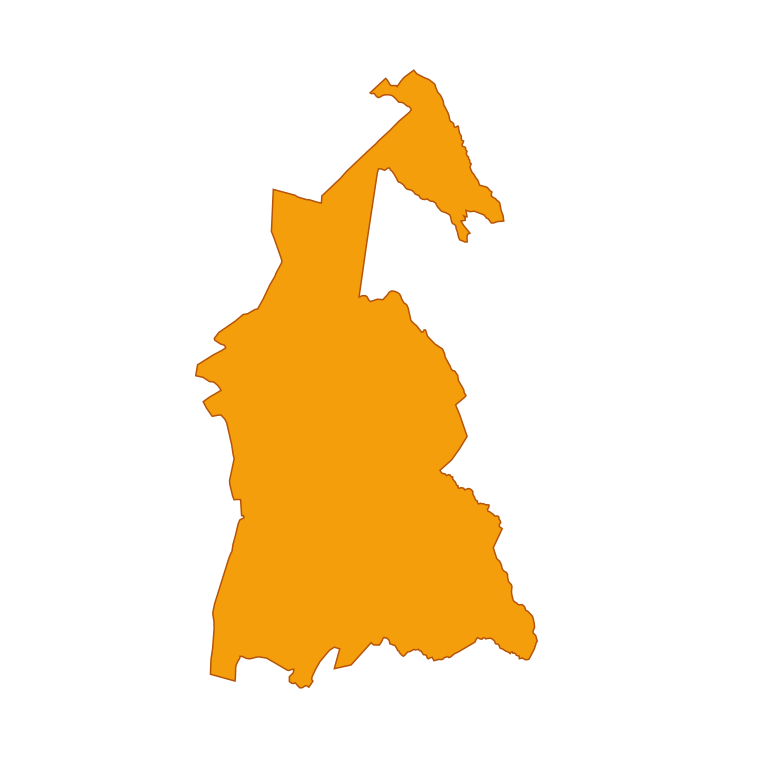 Lari, Central, Kenya (Equal Earth projection), rotated 8°
{"feature_id": "3690345B40431411925250", "entity_name": "Lari", "entity_type": "district", "adm_level": 2, "iso_a3": "KEN", "parent_name": "Kenya", "parent_adm1": "Central", "projection": "equal_earth", "projection_center": [36.685, -0.915], "detail": "fine", "context": "isolated", "style": "filled", "palette": "amber", "viewbox_px": 768, "rotation_deg": 8, "n_neighbors": 0, "source": "geoboundaries", "source_scale": "gbopen_adm2", "svg_char_len": 6140}
<svg xmlns="http://www.w3.org/2000/svg" viewBox="0 0 768 768"><g transform="rotate(8 384 384)"><path d="M444.1,164.2L441.7,162.1L438.9,157.4L439.7,153.7L438.3,153.1L437.7,150.4L436.5,149.3L436.1,147.5L434.3,146.4L433.4,144.0L433.9,142.2L432.3,140.6L431.8,138.6L430.7,137.9L429.3,137.9L428.3,137.2L428.0,135.5L428.8,134.1L429.0,132.3L427.5,131.9L426.5,130.9L426.2,128.4L425.6,127.0L424.3,125.7L422.6,121.7L422.1,119.5L421.3,118.2L418.8,120.0L417.6,119.3L416.7,116.5L415.1,115.3L413.3,114.6L412.4,113.4L411.0,109.3L409.7,106.7L405.3,100.4L404.0,98.9L403.9,97.4L403.1,95.2L399.9,90.4L396.4,87.3L393.7,82.6L393.2,81.0L392.0,79.6L386.0,76.2L381.1,75.0L373.2,72.2L369.8,69.1L361.4,77.4L358.6,81.7L355.6,87.7L354.5,86.8L349.3,87.5L348.1,86.4L345.1,82.7L343.1,81.1L329.7,97.6L331.0,98.2L333.6,97.7L334.7,98.4L336.1,100.0L338.2,101.1L339.7,100.8L341.9,98.9L345.0,97.4L349.7,96.9L352.2,97.4L355.4,99.4L359.3,102.8L362.4,102.7L364.3,103.1L368.4,105.7L369.8,105.7L371.1,106.4L372.9,108.3L371.4,111.3L362.1,121.8L354.4,132.3L344.8,143.9L342.3,147.6L336.2,154.9L317.5,178.4L312.3,186.3L296.3,206.4L296.8,213.5L292.8,213.3L284.8,212.0L281.8,212.2L276.8,211.5L272.3,210.8L269.9,209.5L247.3,206.7L251.3,248.6L255.1,255.3L264.2,272.9L265.9,276.6L265.6,278.5L261.4,290.2L261.2,292.0L257.3,301.4L252.4,317.0L248.4,327.3L245.8,328.2L239.3,333.3L234.7,334.9L228.1,342.3L213.4,355.8L209.6,362.5L210.3,364.2L216.5,367.1L220.8,367.9L222.2,370.2L218.9,373.2L211.2,378.7L196.7,390.9L196.4,402.0L203.9,402.6L210.7,405.8L215.2,405.8L219.8,408.7L223.6,412.9L213.1,421.2L207.4,426.7L211.6,432.6L218.4,439.9L224.0,438.0L226.9,437.4L231.2,440.9L233.6,444.3L241.7,465.6L244.3,474.4L246.0,479.0L244.5,501.1L245.2,504.6L249.5,515.6L251.6,519.5L255.1,518.7L258.1,518.5L261.3,534.2L263.2,534.0L263.9,535.7L262.1,537.4L260.6,538.1L259.9,539.4L259.0,543.2L258.1,553.4L256.8,563.7L256.7,571.2L255.9,572.8L254.6,578.3L246.9,624.9L246.3,633.7L246.6,635.9L248.7,643.0L249.8,649.8L251.1,669.6L251.0,680.5L252.5,695.6L277.8,698.9L277.7,695.3L276.6,685.5L276.7,683.1L277.9,679.0L279.3,675.8L279.3,673.6L281.6,673.6L285.9,674.8L287.7,674.9L289.8,674.7L295.9,672.2L298.2,671.6L306.0,671.8L328.0,680.8L329.8,680.9L332.8,679.3L334.4,679.1L334.4,682.5L331.0,687.1L331.7,691.9L334.3,693.2L336.1,693.2L337.7,692.3L342.8,696.6L345.5,696.1L348.1,693.7L349.8,693.7L351.8,694.7L355.0,688.1L353.6,686.9L353.5,684.1L355.8,676.5L359.2,667.8L366.9,655.5L369.9,652.8L371.5,651.6L377.0,652.4L374.4,672.8L390.5,666.8L407.3,641.9L408.9,643.3L410.7,643.9L411.8,643.4L413.8,643.5L415.7,643.1L417.6,639.3L418.4,636.2L419.3,634.9L420.5,635.4L421.9,635.1L424.3,636.7L425.4,638.4L425.9,640.4L431.3,641.5L433.6,644.3L434.6,646.0L435.9,646.4L436.8,647.9L439.1,649.9L441.1,650.9L442.3,649.7L444.8,646.0L446.9,645.4L450.7,642.6L452.1,643.0L455.1,642.0L456.4,643.2L457.8,643.2L460.8,646.6L462.3,646.4L463.8,646.9L464.9,649.3L466.2,650.0L467.3,649.0L469.7,647.9L472.0,651.1L476.6,649.1L479.1,649.0L480.7,648.2L481.7,646.7L485.0,645.0L486.4,645.9L488.0,645.0L491.1,641.5L495.2,638.7L509.9,627.0L511.1,623.4L512.1,622.1L514.0,622.9L516.4,623.2L517.5,621.6L519.0,621.5L520.4,622.3L521.7,621.6L525.4,620.9L528.5,622.6L529.5,623.5L530.5,625.7L532.9,625.8L534.4,626.7L535.2,628.7L536.1,629.7L537.8,629.7L541.8,631.6L544.0,632.0L546.5,633.4L547.1,632.0L548.2,631.3L549.2,632.7L550.4,632.3L551.8,632.9L552.8,634.2L555.7,634.7L556.2,637.2L559.3,636.1L560.9,636.9L562.9,637.4L564.6,636.9L565.8,636.4L566.9,633.5L569.6,625.8L570.5,621.2L570.7,619.0L571.6,617.5L569.3,612.1L566.4,609.8L566.0,607.9L567.0,604.3L566.1,600.2L564.1,594.8L563.2,593.2L558.7,589.5L557.7,588.9L556.0,588.5L554.2,585.0L551.6,583.2L548.7,583.8L547.4,583.7L546.3,582.7L543.0,581.2L541.8,579.8L539.6,574.0L539.1,571.4L538.9,566.7L538.0,565.0L534.8,562.3L533.3,558.1L532.8,555.2L531.4,553.5L529.4,552.9L527.8,551.7L526.5,550.0L525.5,547.0L523.2,543.4L520.0,541.3L515.0,530.9L521.2,510.8L518.0,509.1L517.8,506.9L518.9,505.1L518.2,503.3L516.7,501.7L516.1,499.5L514.8,498.9L512.0,499.4L510.9,498.2L506.4,495.8L504.7,495.6L503.9,493.6L504.9,491.6L504.9,489.3L503.5,489.0L502.2,489.5L498.9,488.7L497.2,489.0L495.9,488.6L494.4,489.7L493.1,488.4L492.8,486.9L491.4,486.5L490.1,485.0L489.3,483.3L487.1,480.5L487.1,478.6L486.3,477.4L485.1,476.6L483.6,475.8L481.9,475.8L478.7,477.6L477.4,476.1L474.7,475.9L473.1,476.8L471.7,476.4L471.6,474.6L470.0,474.1L468.4,471.3L465.3,468.7L465.0,466.5L463.6,466.5L462.1,464.9L460.3,464.9L458.8,466.0L457.1,464.6L453.6,464.2L451.4,461.7L461.4,449.9L467.6,438.1L473.6,424.3L463.0,403.5L457.8,394.7L466.0,385.6L466.8,384.1L464.5,381.2L464.0,379.2L462.9,377.4L457.9,371.1L456.8,369.0L455.9,365.4L452.2,361.3L449.7,361.0L448.0,359.1L447.1,357.3L440.9,348.9L439.8,345.7L437.1,341.2L428.9,337.3L421.4,331.5L420.1,330.1L417.7,324.8L416.3,324.8L415.4,326.9L413.9,327.3L407.7,321.4L406.1,320.6L402.7,318.1L401.7,317.0L397.5,305.8L396.2,303.5L395.1,302.1L392.6,301.0L389.7,297.4L388.5,294.8L387.0,292.9L384.9,291.6L381.4,290.7L378.5,290.8L376.3,292.5L374.9,295.3L371.2,300.6L365.5,301.0L359.2,304.2L357.2,302.9L355.1,300.0L353.5,299.2L350.4,299.5L347.2,301.3L347.3,243.6L348.0,176.1L348.5,171.7L351.4,171.4L354.7,172.3L356.1,171.4L357.6,169.7L359.3,169.3L360.7,171.3L361.9,171.8L365.0,175.0L368.0,178.9L369.2,180.9L370.3,182.0L372.0,182.2L375.4,183.9L377.8,186.5L379.0,187.4L380.1,187.9L384.2,188.2L386.9,189.8L388.3,191.5L392.4,192.6L393.7,194.4L395.1,195.3L396.8,195.7L399.3,195.6L400.9,194.7L404.2,196.4L406.9,196.3L409.6,197.4L412.4,201.1L415.7,204.1L417.2,205.0L421.8,205.9L425.3,207.3L426.5,208.9L428.6,214.4L429.8,215.7L431.4,216.1L433.0,217.3L433.8,220.0L435.5,223.1L437.5,228.5L438.9,230.7L444.6,232.1L446.6,231.8L445.7,226.6L446.0,223.9L448.1,222.7L440.6,215.7L437.5,211.9L441.7,210.6L441.4,208.7L439.7,206.5L441.5,207.0L443.0,206.9L441.0,200.6L445.0,201.4L448.9,200.4L450.5,200.5L459.6,202.7L462.2,205.3L464.4,206.1L467.8,209.6L469.8,209.4L473.7,207.4L479.9,206.0L478.5,200.7L475.9,196.0L473.4,188.6L472.1,187.3L470.4,186.5L468.4,184.8L466.8,184.4L464.3,183.0L463.8,180.9L464.2,178.8L462.3,178.0L459.2,175.2L458.1,174.7L451.0,173.8L448.7,169.4L445.5,166.2L444.1,164.2Z" fill="#f59e0b" stroke="#b45309" stroke-width="1.5"/></g></svg>